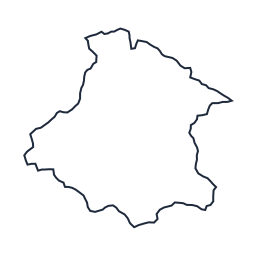 the district of Barão de Monte Alto, Minas Gerais, Brazil, rotated 190°
{"feature_id": "56859067B36277633207568", "entity_name": "Barão de Monte Alto", "entity_type": "district", "adm_level": 2, "iso_a3": "BRA", "parent_name": "Brazil", "parent_adm1": "Minas Gerais", "projection": "albers", "projection_center": [-42.281, -21.268], "detail": "fine", "context": "isolated", "style": "outline", "palette": "slate", "viewbox_px": 256, "rotation_deg": 190, "n_neighbors": 0, "source": "geoboundaries", "source_scale": "gbopen_adm2", "svg_char_len": 2065}
<svg xmlns="http://www.w3.org/2000/svg" viewBox="0 0 256 256"><g transform="rotate(190 128 128)"><path d="M209.2,70.4L205.7,72.1L202.1,72.8L198.5,73.7L194.4,74.3L192.7,69.1L190.1,66.5L186.8,64.2L182.0,63.0L179.9,59.1L176.4,59.6L172.7,59.4L169.0,58.3L164.7,56.2L160.0,53.8L158.1,51.0L155.4,47.5L153.9,43.2L150.8,39.8L145.8,39.7L142.2,41.5L138.8,43.2L136.7,45.8L133.8,47.9L129.4,49.2L125.8,47.6L122.5,44.5L116.3,42.3L112.6,39.1L109.5,34.6L104.7,31.4L100.5,34.3L96.1,36.5L91.2,38.7L85.9,39.4L83.1,43.6L84.9,48.2L82.5,53.0L78.7,56.0L74.9,57.7L71.6,59.2L69.0,62.8L63.8,63.3L60.4,63.5L56.9,62.5L51.3,63.3L46.4,63.0L41.4,60.7L37.7,60.7L37.0,64.8L33.4,66.5L31.3,70.6L32.0,74.2L32.5,78.1L32.9,81.6L31.0,85.1L34.5,87.5L37.8,90.1L41.0,92.4L45.4,93.3L50.9,95.5L54.6,100.0L54.9,104.3L54.6,108.7L55.5,113.1L55.1,117.4L56.5,120.7L59.9,125.0L61.8,129.3L64.5,131.2L66.8,133.9L66.1,138.2L66.6,141.8L63.5,144.5L61.6,148.5L61.7,152.2L57.1,153.5L52.7,155.4L52.2,160.0L51.3,164.3L49.3,167.1L43.7,168.1L39.3,170.1L34.5,171.0L30.6,172.9L34.7,175.0L39.2,176.6L43.2,178.3L46.5,179.8L50.5,180.9L55.5,181.3L58.6,183.7L62.9,184.1L66.1,187.1L70.6,187.7L75.5,188.6L75.3,194.1L77.2,198.0L82.6,196.7L87.1,198.5L91.7,202.7L96.3,204.7L100.1,204.9L104.3,205.1L107.4,206.5L109.8,209.2L112.6,211.5L116.4,212.4L120.4,213.9L124.6,215.9L129.8,216.0L133.5,216.0L134.4,212.4L135.0,207.8L138.5,206.6L140.6,213.3L142.0,216.5L142.7,219.8L144.0,223.0L148.2,224.1L152.8,224.6L155.7,222.7L158.3,220.6L161.4,219.9L164.3,217.6L167.6,216.5L170.8,218.2L175.4,214.7L181.5,211.9L185.6,209.1L182.7,207.0L181.5,203.3L180.0,199.4L176.3,197.2L171.5,193.8L170.8,187.4L173.3,185.2L175.2,180.0L178.1,178.2L179.8,175.2L180.0,170.8L179.6,166.8L179.8,162.6L180.9,159.3L181.2,153.9L180.3,148.5L181.3,143.4L183.8,140.3L186.4,136.5L190.4,132.8L194.1,132.3L198.1,132.7L200.7,130.4L202.1,126.5L204.7,123.3L207.5,119.6L213.9,113.1L218.4,111.2L223.2,104.9L220.9,100.5L218.9,96.3L218.1,92.8L220.8,89.9L223.3,87.2L225.4,83.1L222.9,78.2L220.6,74.5L216.7,76.0L213.0,76.7L209.2,70.4Z" fill="none" stroke="#1e293b" stroke-width="2"/></g></svg>